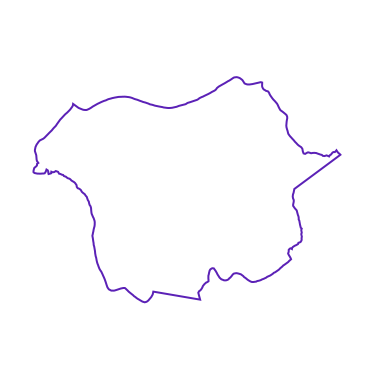 outline of Curralinho, Pará, Brazil, rotated 170°
{"feature_id": "56859067B52870211786436", "entity_name": "Curralinho", "entity_type": "district", "adm_level": 2, "iso_a3": "BRA", "parent_name": "Brazil", "parent_adm1": "Pará", "projection": "robinson", "projection_center": [-49.994, -1.568], "detail": "fine", "context": "isolated", "style": "outline", "palette": "violet", "viewbox_px": 384, "rotation_deg": 170, "n_neighbors": 0, "source": "geoboundaries", "source_scale": "gbopen_adm2", "svg_char_len": 5401}
<svg xmlns="http://www.w3.org/2000/svg" viewBox="0 0 384 384"><g transform="rotate(170 192 192)"><path d="M147.3,291.2L149.3,290.1L150.2,289.2L151.0,288.5L152.3,287.9L155.3,287.0L156.7,286.4L159.2,285.6L163.2,284.5L164.8,284.0L166.0,283.8L168.4,283.1L169.6,282.4L170.9,281.9L178.2,280.8L180.9,280.5L183.0,279.6L189.8,279.1L192.3,278.6L196.9,278.4L198.5,278.5L200.6,278.8L201.8,279.1L205.3,280.2L206.3,280.7L209.8,282.0L213.6,283.5L215.8,284.7L218.3,285.7L219.5,286.6L220.8,287.3L222.2,288.1L224.8,289.3L225.7,289.9L227.2,290.7L229.8,292.3L232.3,293.5L234.8,295.1L236.4,295.9L237.7,296.4L240.7,297.3L242.0,297.6L243.3,297.8L246.4,298.2L247.8,298.4L251.6,298.4L254.3,298.3L256.0,298.1L257.6,298.0L258.9,297.8L261.0,297.2L262.8,297.0L265.5,296.4L269.8,295.2L273.7,293.8L275.1,293.3L276.3,292.7L278.6,291.8L280.9,291.2L281.9,291.1L284.1,291.6L285.3,292.1L289.1,294.5L293.8,299.4L294.2,298.2L294.8,297.1L297.3,294.7L298.4,293.8L300.8,292.1L301.9,291.4L303.0,290.8L304.4,289.8L307.8,287.2L309.2,286.2L313.3,282.2L314.6,280.8L317.1,279.0L318.3,278.0L319.3,277.1L322.5,274.9L323.3,274.3L327.9,271.0L329.2,270.3L332.9,269.2L333.8,268.5L334.7,267.8L335.6,266.8L336.7,265.8L338.3,263.5L339.4,260.7L339.6,259.5L339.0,255.3L339.4,250.8L339.3,249.4L338.3,247.3L339.7,246.6L340.0,245.3L340.8,244.4L341.8,243.9L343.2,243.0L344.0,241.3L344.5,240.1L344.6,238.9L343.7,238.0L341.2,237.0L337.8,236.3L336.3,236.2L335.2,236.0L333.9,236.0L332.5,237.4L331.4,239.4L330.3,238.4L330.0,237.2L330.2,235.8L330.1,234.6L328.8,234.7L327.5,234.9L327.0,236.4L325.8,235.6L324.1,235.6L322.5,236.3L320.4,235.1L319.7,233.1L318.4,232.6L317.3,231.7L316.0,231.2L315.3,229.9L313.6,229.0L312.7,227.9L311.7,227.0L310.4,226.4L309.6,225.6L308.7,224.2L306.4,222.2L305.6,221.2L304.5,218.8L304.6,217.1L303.9,215.6L302.8,215.0L301.8,214.1L301.1,213.2L300.5,211.4L299.7,210.3L297.9,208.3L297.5,207.1L296.5,205.5L296.0,202.2L295.3,200.5L295.3,199.3L295.1,197.1L294.4,195.6L294.2,193.7L294.4,192.0L294.6,189.5L294.6,188.0L293.8,184.5L293.4,183.3L293.0,180.7L293.0,179.3L293.5,176.7L294.0,175.1L295.0,173.0L295.6,171.5L296.0,170.3L296.5,169.2L297.1,167.6L297.7,166.2L297.7,163.0L297.8,160.7L297.8,158.8L298.0,156.9L297.8,155.3L297.8,150.7L298.0,148.4L298.0,145.4L297.8,144.0L297.8,141.1L297.7,139.3L297.5,137.7L297.2,136.4L297.0,135.0L296.5,132.5L295.8,130.6L295.2,129.4L294.4,126.5L294.1,125.2L293.5,122.9L293.1,121.1L292.6,118.0L292.2,115.0L291.8,112.7L290.8,110.6L288.6,108.9L286.5,108.5L285.4,108.4L282.3,108.8L279.0,109.3L276.3,109.4L274.8,109.1L274.0,108.2L273.3,107.2L272.6,106.3L271.7,104.9L269.0,101.8L268.0,100.7L267.1,99.4L266.0,98.4L265.1,97.3L264.1,96.3L263.0,95.4L262.0,94.5L260.8,93.5L259.9,92.7L257.7,91.6L256.3,91.7L255.2,92.0L253.9,92.7L250.4,95.6L248.5,97.9L247.4,100.6L202.7,84.6L203.3,91.7L202.3,93.0L201.1,93.6L200.1,94.3L199.2,95.2L198.3,96.3L197.7,97.4L195.8,99.1L193.7,100.4L192.6,100.6L191.3,101.2L191.0,102.5L190.9,104.0L190.4,106.7L189.8,107.9L189.3,109.3L188.3,111.5L187.5,112.5L186.3,113.1L185.3,113.4L183.8,113.0L182.4,110.1L181.5,107.6L181.2,106.4L180.2,104.1L179.8,103.0L179.0,101.9L178.2,100.9L177.1,100.3L175.9,99.5L174.7,99.2L173.6,99.1L172.3,99.3L171.2,99.7L170.3,100.5L169.1,101.1L167.3,102.6L166.4,103.5L165.2,104.3L164.2,104.4L162.5,104.4L161.3,104.0L160.2,103.5L159.2,103.0L158.2,102.5L156.1,100.3L155.4,99.1L154.4,98.2L153.6,97.3L152.7,96.2L151.8,95.3L149.9,93.7L148.7,93.0L147.1,92.7L144.3,92.6L143.2,93.0L141.9,93.0L140.7,93.1L139.5,93.3L138.4,93.7L136.3,94.1L133.8,94.8L132.7,95.4L129.4,96.2L127.8,96.9L126.5,97.5L125.5,98.2L124.1,98.5L120.4,100.2L119.5,100.7L118.5,101.5L115.9,103.0L114.9,103.8L113.8,104.2L112.8,104.7L110.5,105.8L109.3,106.4L108.5,107.1L107.0,108.0L106.1,108.6L106.4,109.9L106.8,111.1L107.8,113.7L108.0,114.9L107.2,116.2L106.8,118.2L105.6,119.2L104.5,119.4L103.5,118.5L103.1,119.6L102.1,120.4L100.9,120.9L99.9,121.3L98.9,121.5L97.8,121.9L96.7,122.3L96.0,123.5L94.9,123.6L93.8,123.9L92.6,125.2L92.2,126.4L92.1,127.6L91.6,128.8L91.7,131.6L91.0,132.8L91.0,135.6L90.3,136.9L91.1,137.9L91.2,139.7L91.3,141.0L91.3,145.2L91.7,146.3L91.4,148.1L91.4,149.6L91.7,151.0L92.1,155.7L93.6,158.2L94.8,160.8L94.6,162.0L93.5,164.8L93.2,166.4L93.6,168.2L93.6,170.0L93.0,172.0L92.1,173.6L91.4,175.4L90.7,177.2L49.9,197.6L39.4,202.9L40.1,204.0L41.1,205.1L41.9,206.5L42.5,208.0L43.4,207.2L44.4,206.5L45.8,206.8L46.9,206.3L48.7,204.7L50.0,204.2L50.8,203.2L52.1,204.1L53.2,204.7L54.3,204.5L55.4,204.4L56.9,204.9L57.7,206.0L58.9,206.5L61.6,208.0L62.9,208.8L64.7,209.3L66.3,209.5L68.0,209.5L69.4,210.3L70.8,210.9L71.8,210.7L74.0,209.9L75.4,210.6L75.8,212.6L75.8,215.3L76.6,217.1L78.6,219.0L79.7,220.3L80.9,222.2L81.7,223.3L83.0,225.6L84.0,227.1L84.9,228.6L85.6,229.6L86.3,230.9L87.1,232.7L87.3,235.8L87.5,237.0L87.7,239.3L87.6,241.0L86.6,244.8L86.0,246.6L85.4,248.1L85.2,249.6L85.5,251.2L86.4,252.5L87.2,253.4L88.3,254.7L89.8,256.3L90.7,257.2L91.4,259.0L91.9,260.7L92.4,262.7L92.9,264.2L94.6,267.1L95.9,269.0L96.8,270.7L98.1,273.5L98.6,274.9L98.8,276.0L99.5,277.7L100.5,278.3L101.6,278.8L102.5,279.7L103.4,280.4L104.1,281.5L104.6,283.4L104.5,284.7L104.1,286.4L103.9,287.6L105.1,288.2L106.2,288.2L107.4,288.1L109.7,288.0L113.6,287.8L116.7,287.9L118.4,288.2L119.7,288.7L121.4,289.8L122.5,292.5L123.0,293.6L124.2,294.9L125.3,296.0L127.1,297.0L128.3,297.4L130.6,297.5L132.0,297.0L133.7,296.2L135.8,295.3L137.2,294.9L139.2,294.1L141.0,293.4L143.1,292.7L147.3,291.2Z" fill="none" stroke="#5b21b6" stroke-width="2"/></g></svg>